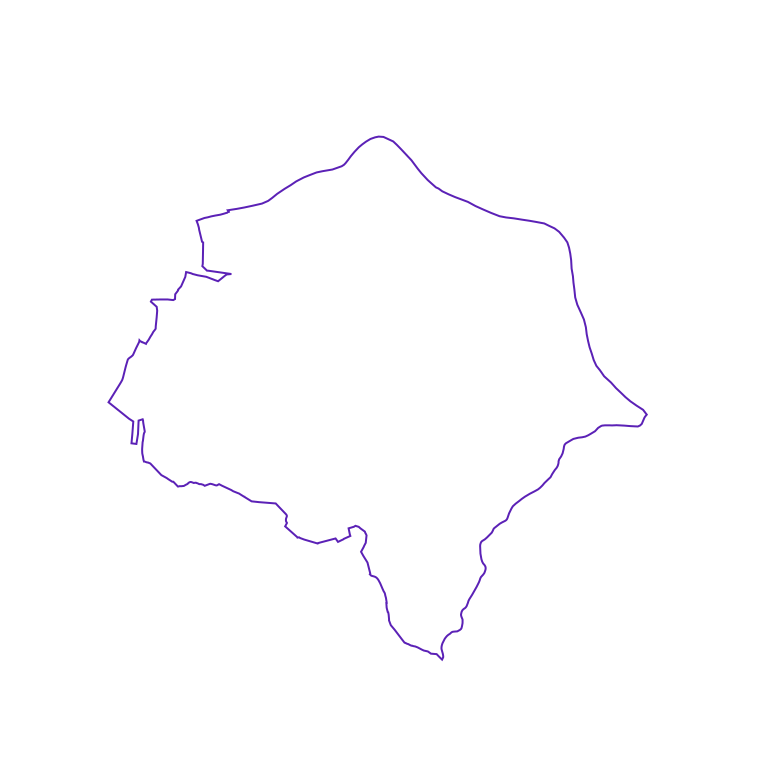 outline of Krustpils pag., Krustpils, Latvia, rotated 139°
{"feature_id": "27541924B89257742122528", "entity_name": "Krustpils pag.", "entity_type": "district", "adm_level": 2, "iso_a3": "LVA", "parent_name": "Latvia", "parent_adm1": "Krustpils", "projection": "mercator", "projection_center": [25.858, 56.572], "detail": "fine", "context": "isolated", "style": "outline", "palette": "violet", "viewbox_px": 768, "rotation_deg": 139, "n_neighbors": 0, "source": "geoboundaries", "source_scale": "gbopen_adm2", "svg_char_len": 6142}
<svg xmlns="http://www.w3.org/2000/svg" viewBox="0 0 768 768"><g transform="rotate(139 384 384)"><path d="M547.6,573.7L553.7,570.9L554.8,570.5L557.0,570.5L559.0,570.7L560.5,570.7L561.5,570.4L566.5,567.2L568.0,566.2L576.7,560.1L577.7,559.5L578.9,558.8L580.5,558.2L582.9,557.4L603.9,550.9L599.2,525.0L597.8,520.2L606.9,511.2L613.5,504.9L610.2,501.2L602.5,507.6L593.2,517.4L589.3,515.7L589.8,514.5L590.3,513.9L591.5,512.1L595.6,505.3L596.1,504.8L597.4,504.3L598.6,503.4L599.2,502.9L603.3,499.2L604.3,498.5L607.4,495.4L609.3,493.5L610.3,492.3L611.9,490.3L612.6,489.1L613.4,487.6L615.0,485.0L615.5,484.1L616.0,483.0L615.7,482.8L615.5,482.5L615.2,481.8L614.5,480.6L614.1,480.0L613.7,479.7L612.5,477.3L611.8,461.3L609.7,455.6L609.3,453.9L607.9,449.1L607.1,448.4L606.8,441.8L606.2,441.4L605.6,441.2L603.7,439.6L602.8,439.0L602.0,438.4L599.5,437.9L598.0,437.5L597.5,437.5L596.9,437.6L596.1,437.6L594.9,437.3L594.2,436.9L593.7,436.3L592.8,434.7L592.5,434.1L591.5,433.5L591.1,433.2L590.7,432.9L590.6,432.5L589.8,431.3L589.3,430.0L588.8,429.3L587.8,428.5L586.5,426.4L586.1,424.8L581.0,422.9L580.5,422.6L579.5,421.3L579.0,420.5L577.6,418.1L576.9,417.3L576.6,417.1L576.1,417.0L574.2,416.6L572.9,413.3L568.8,404.1L568.2,402.1L565.7,397.2L565.4,396.8L563.6,390.9L563.3,390.5L563.4,390.3L560.9,382.3L555.7,376.7L544.1,364.9L544.0,362.9L543.9,360.3L543.6,354.0L543.4,349.8L543.5,349.0L543.6,348.6L544.0,348.0L544.4,347.7L546.2,346.7L546.9,346.1L547.4,345.5L547.8,345.0L548.1,344.3L548.4,342.8L552.0,341.4L549.9,325.0L550.0,324.8L548.7,324.0L548.5,323.3L548.2,322.5L547.0,320.3L546.3,319.0L544.2,315.7L541.5,311.5L538.7,307.1L538.3,307.0L537.9,306.9L537.9,307.1L521.9,299.2L522.3,295.0L516.4,293.4L516.0,293.5L509.1,291.4L508.4,293.0L505.4,298.3L500.4,296.0L498.6,295.7L496.8,292.8L496.5,290.5L495.3,285.2L496.0,283.2L496.0,282.8L496.5,281.2L502.0,276.1L505.1,274.9L506.3,274.3L511.4,272.4L512.4,267.6L513.6,260.1L518.7,250.0L519.5,249.7L519.4,248.6L519.5,248.3L519.3,247.6L519.0,247.1L517.6,245.0L517.1,244.0L516.9,243.4L516.7,242.3L516.7,240.6L516.9,239.3L517.6,236.2L519.5,230.3L519.9,228.9L520.2,228.0L520.5,226.2L520.7,225.6L520.9,225.1L521.2,224.5L521.7,223.7L522.9,221.2L524.3,219.0L524.9,218.0L525.6,217.0L525.9,217.2L528.7,213.5L529.2,212.6L530.8,209.4L530.6,209.0L531.1,208.1L531.8,206.9L534.4,203.3L535.3,202.3L537.1,197.5L537.2,191.6L538.0,179.3L538.2,175.4L537.8,174.5L537.7,174.5L537.0,172.8L536.1,171.4L536.0,170.7L535.7,170.1L535.4,169.4L535.0,168.5L534.5,168.1L534.0,167.2L533.4,166.4L532.6,165.4L531.4,163.1L529.7,158.7L528.8,156.7L526.6,153.7L526.3,153.2L525.8,151.1L525.5,149.7L521.5,145.6L521.3,141.8L521.1,139.3L521.0,137.9L519.3,138.6L518.4,139.1L517.5,140.3L516.6,141.8L514.8,145.6L514.3,146.5L513.2,147.7L512.0,148.7L510.1,149.9L505.2,151.9L503.2,152.3L501.9,152.5L500.0,152.5L498.0,152.2L496.6,152.3L495.5,152.2L494.5,151.8L492.8,150.6L491.6,149.7L490.9,149.2L489.9,149.0L488.0,148.6L486.6,148.6L485.7,148.9L484.1,150.0L481.6,152.0L479.9,153.9L479.2,154.8L478.3,157.4L477.7,158.7L477.0,159.6L476.2,160.2L474.8,161.2L473.8,161.6L472.8,161.9L471.3,161.9L469.8,161.7L468.7,161.8L467.5,162.1L464.4,163.7L462.5,164.9L460.8,165.6L455.8,167.1L447.3,170.1L444.1,171.4L442.2,172.2L440.5,173.1L438.9,174.1L437.4,174.7L434.0,175.1L432.1,175.6L430.5,176.5L429.2,177.3L428.0,178.4L427.2,179.8L426.9,181.5L426.9,183.6L426.4,185.6L425.4,187.9L422.5,192.7L417.8,198.6L416.8,199.6L415.4,200.5L414.2,201.0L412.9,201.1L409.9,200.6L407.1,200.6L400.2,201.1L398.6,201.7L396.2,202.8L395.2,202.9L393.4,202.8L388.3,202.6L385.7,202.1L382.2,201.2L381.0,201.1L379.9,201.3L378.6,201.9L374.5,204.3L369.5,206.4L367.0,207.2L363.1,207.3L358.6,207.0L355.6,206.9L351.6,206.5L346.0,205.5L340.7,204.2L336.9,203.4L334.1,203.3L331.0,203.5L327.9,204.0L322.4,204.3L319.5,204.4L316.1,205.7L311.6,207.0L308.6,207.5L306.7,208.2L305.2,209.1L304.0,210.0L302.9,211.2L301.1,212.3L297.9,213.1L294.7,214.5L291.0,217.1L289.3,218.6L287.9,219.5L286.9,219.8L285.5,219.9L279.0,218.7L277.1,218.3L272.6,216.0L269.4,213.8L266.5,212.2L263.4,211.3L260.8,210.8L255.7,209.9L251.2,210.4L247.9,209.9L246.7,209.5L244.3,207.8L238.4,202.6L235.5,200.3L230.0,195.0L225.6,190.5L220.3,185.4L218.0,184.7L215.6,184.8L209.6,187.7L208.3,188.1L205.8,188.5L205.4,194.5L207.6,202.1L209.4,209.3L210.4,215.7L211.0,222.7L211.6,228.7L211.7,236.2L212.8,245.4L212.0,252.7L211.8,258.4L210.0,264.5L207.2,270.8L204.7,276.9L201.8,282.5L198.4,288.5L194.4,294.4L190.8,301.5L188.5,308.9L186.1,317.0L182.9,323.9L178.2,330.6L174.5,336.2L170.7,341.4L166.7,348.0L161.5,354.7L157.9,360.2L154.9,365.5L152.7,370.6L152.1,376.3L152.0,383.9L153.2,389.6L155.7,395.2L157.7,400.0L163.1,406.8L167.0,411.6L172.2,417.7L177.3,423.8L182.6,429.6L186.7,434.8L190.9,442.8L194.6,450.5L198.2,458.3L201.2,466.4L204.5,472.5L207.7,478.4L210.8,484.8L213.6,491.2L214.6,495.7L215.8,498.3L216.6,504.4L217.2,509.3L217.5,518.6L217.3,524.2L216.9,529.6L216.5,534.8L216.7,540.0L216.9,545.6L217.1,550.6L217.4,556.0L217.9,561.0L222.3,570.8L225.7,574.2L228.9,576.0L233.4,577.8L238.5,578.7L243.2,579.1L247.7,579.2L253.8,578.6L259.5,577.7L263.9,576.7L268.1,575.9L270.4,575.7L273.1,576.1L282.2,579.7L290.9,585.0L296.1,587.9L302.7,590.3L309.0,592.5L317.3,594.5L324.0,595.3L331.0,596.5L339.9,597.6L346.4,597.8L351.3,598.2L357.7,600.2L366.3,604.8L373.7,608.9L380.3,612.8L387.9,617.6L388.0,616.3L388.0,615.9L388.1,615.7L389.2,616.2L389.8,616.1L393.8,617.9L396.5,619.2L400.8,621.8L404.5,623.9L407.6,625.4L410.6,627.1L418.4,630.1L419.7,626.6L421.2,623.4L422.3,621.7L423.9,618.6L428.0,610.7L427.6,609.5L433.7,602.7L442.0,593.5L443.8,592.1L443.2,585.6L442.3,584.8L427.0,567.1L430.9,569.9L433.3,570.1L441.8,570.4L443.6,573.6L447.8,581.5L453.3,588.3L455.7,591.8L456.1,592.3L456.9,594.0L458.1,595.8L459.9,598.3L463.7,595.2L473.1,590.8L477.5,590.3L478.0,589.7L482.7,588.7L486.0,585.2L488.0,585.6L491.7,589.6L496.0,593.4L503.8,599.9L505.9,599.1L504.9,591.4L507.1,588.1L511.9,583.4L518.5,577.2L520.1,575.5L521.3,575.2L523.9,574.7L526.6,573.7L529.1,573.0L532.5,571.8L537.0,570.7L537.3,570.5L539.3,575.0L539.4,574.9L539.7,575.7L539.9,576.3L539.9,576.7L539.9,577.1L539.9,577.4L540.5,576.9L541.0,576.5L541.6,576.2L547.6,573.7Z" fill="none" stroke="#5b21b6" stroke-width="2"/></g></svg>